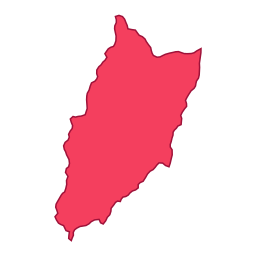 Mesquita, Minas Gerais, Brazil
{"feature_id": "56859067B82042747316745", "entity_name": "Mesquita", "entity_type": "district", "adm_level": 2, "iso_a3": "BRA", "parent_name": "Brazil", "parent_adm1": "Minas Gerais", "projection": "orthographic", "projection_center": [-42.614, -19.25], "detail": "fine", "context": "isolated", "style": "filled", "palette": "rose", "viewbox_px": 256, "rotation_deg": 0, "n_neighbors": 0, "source": "geoboundaries", "source_scale": "gbopen_adm2", "svg_char_len": 2319}
<svg xmlns="http://www.w3.org/2000/svg" viewBox="0 0 256 256"><path d="M115.4,16.5L116.3,19.6L116.3,22.6L114.8,25.9L114.6,28.8L115.2,31.8L116.1,36.0L115.9,40.8L114.8,44.1L113.5,46.4L110.7,47.3L108.3,48.8L106.8,50.9L104.9,53.7L106.9,57.3L105.0,60.3L102.9,62.1L101.1,64.8L98.8,66.8L96.8,70.0L96.7,73.7L97.7,76.6L96.8,78.9L94.9,81.2L91.5,82.9L90.2,86.2L89.1,90.1L87.3,93.3L86.8,96.0L86.6,99.8L86.9,103.8L87.2,108.5L86.0,112.2L85.2,114.7L81.2,116.1L78.2,116.4L75.5,117.1L73.0,116.5L70.3,119.0L71.3,122.3L72.6,125.5L72.2,128.5L70.2,131.1L68.6,134.3L69.3,137.1L68.1,140.0L65.1,142.4L63.6,145.8L64.3,149.3L65.6,151.7L66.6,154.8L67.7,156.9L69.0,159.5L69.5,163.5L68.6,166.8L66.4,168.5L65.5,172.4L68.0,176.4L66.5,180.5L66.7,184.5L65.8,188.5L64.6,192.0L62.6,193.3L61.2,195.2L59.3,198.5L57.4,201.8L56.1,204.2L55.7,207.2L56.8,210.1L57.8,213.3L55.0,216.7L56.5,220.0L58.5,223.1L60.6,224.4L63.6,225.6L66.0,230.6L69.4,231.8L68.9,235.5L68.7,238.5L71.3,240.6L72.2,238.0L73.4,235.3L73.3,232.3L74.6,229.8L76.7,228.2L79.9,226.5L83.0,226.0L86.0,225.5L89.0,223.8L91.3,221.6L94.6,219.9L99.1,219.4L100.6,222.8L103.2,224.0L105.7,220.8L107.3,217.3L109.8,214.7L110.9,211.3L111.1,208.3L113.7,205.0L115.5,202.4L117.5,201.1L120.3,201.5L121.2,199.2L122.9,197.1L125.8,196.5L128.2,195.1L130.0,192.9L132.4,191.0L135.6,189.9L138.2,187.9L138.2,184.5L140.1,182.6L143.1,181.3L145.6,177.4L147.5,174.0L150.1,171.2L153.1,169.6L155.1,167.4L156.9,165.0L159.0,162.9L162.7,163.1L165.5,165.5L169.0,166.8L170.2,163.2L171.2,158.9L172.2,154.9L172.1,149.8L170.3,147.1L170.2,144.6L171.2,141.6L172.0,138.1L173.0,135.1L173.1,132.2L174.4,130.1L176.3,128.3L177.9,126.0L181.1,124.6L181.4,121.4L181.7,118.4L180.7,115.5L182.2,112.3L184.5,108.9L186.6,106.4L186.5,103.6L185.5,100.3L186.9,97.5L188.6,94.6L191.0,90.9L194.0,88.4L195.5,86.0L195.9,83.5L196.5,81.0L198.5,78.1L199.2,75.0L199.4,71.4L199.6,67.4L199.4,63.3L199.9,59.9L200.4,56.3L200.9,52.8L201.0,48.6L196.9,50.8L194.0,52.8L191.4,53.5L187.8,53.7L184.2,53.6L180.7,52.4L178.5,51.6L175.5,51.8L173.0,52.4L169.7,53.1L165.4,54.3L162.6,55.6L160.1,56.9L157.0,57.2L153.4,55.5L152.1,53.2L151.3,50.6L150.7,47.6L148.4,44.6L146.3,41.6L145.0,39.0L142.4,36.7L139.2,35.3L137.5,33.1L135.4,30.1L131.8,29.6L127.9,28.8L127.2,25.5L125.9,22.5L124.6,19.2L122.5,16.6L119.0,15.4L115.4,16.5Z" fill="#f43f5e" stroke="#9f1239" stroke-width="1.5"/></svg>